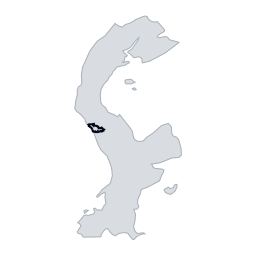 location of Chagres, Colón, Panama, rotated 269°
{"feature_id": "35544464B20659112060965", "entity_name": "Chagres", "entity_type": "district", "adm_level": 2, "iso_a3": "PAN", "parent_name": "Panama", "parent_adm1": "Colón", "projection": "natural_earth1", "projection_center": [-80.103, 9.121], "detail": "medium", "context": "in_parent", "style": "outline", "palette": "ink", "viewbox_px": 256, "rotation_deg": 269, "n_neighbors": 0, "source": "geoboundaries", "source_scale": "gbopen_adm2", "svg_char_len": 4374}
<svg xmlns="http://www.w3.org/2000/svg" viewBox="0 0 256 256"><g transform="rotate(269 128 128)"><path d="M232.8,116.9L232.1,117.5L230.0,121.0L228.9,124.0L231.6,127.2L232.4,130.6L234.0,134.2L236.4,137.9L239.1,144.7L239.7,147.4L239.0,149.2L236.4,150.3L234.0,153.5L233.4,157.4L233.8,159.3L226.6,165.5L224.8,166.5L223.6,165.6L222.0,162.5L220.2,160.0L219.2,159.1L218.6,159.0L218.1,159.6L217.8,161.0L218.8,166.8L218.0,169.2L215.5,171.0L212.8,180.5L211.7,179.3L202.4,166.5L194.4,150.7L192.8,143.5L194.8,143.1L196.8,143.2L197.9,142.1L199.1,140.0L198.1,135.2L202.0,131.5L203.5,129.0L204.5,129.3L207.1,133.5L210.8,136.0L215.3,139.5L218.1,140.3L214.5,136.6L208.4,131.7L206.7,128.5L205.1,124.1L202.7,126.0L201.6,127.6L200.3,128.6L199.3,127.5L199.1,126.0L195.5,125.7L194.5,124.4L193.6,123.7L194.0,126.5L194.7,128.2L194.4,130.2L193.2,130.4L192.2,128.3L190.9,126.3L189.2,118.2L185.1,114.4L183.2,113.2L181.7,112.7L179.4,110.1L176.4,108.7L172.3,104.7L167.2,101.8L161.1,100.8L153.6,101.4L151.1,103.0L149.4,105.1L148.6,106.0L144.2,108.3L142.6,111.7L141.5,114.5L139.3,117.8L141.8,119.7L127.4,130.6L124.6,132.2L118.1,133.4L116.6,134.5L114.7,136.7L114.4,140.0L114.7,142.8L116.6,144.9L118.3,146.3L122.3,152.8L129.4,161.0L130.7,164.0L131.8,168.5L129.7,170.5L128.0,171.4L121.3,171.8L118.9,173.5L118.0,176.3L115.4,178.5L106.7,180.7L99.8,180.9L97.7,178.4L97.2,171.2L92.6,159.1L91.5,150.7L90.3,151.7L87.9,152.7L87.1,154.8L86.4,161.0L85.5,163.1L83.6,162.9L79.8,160.7L74.6,158.6L68.0,145.5L67.3,143.0L66.1,140.1L61.0,138.8L56.6,136.6L51.9,136.3L49.5,137.5L47.0,136.0L46.6,132.4L41.6,134.0L35.3,133.4L29.6,131.9L25.7,132.7L22.4,135.2L22.9,141.8L21.9,143.1L21.8,140.4L20.6,137.3L19.3,134.8L16.4,132.1L16.3,131.2L17.4,129.8L22.6,126.0L23.3,124.4L23.4,121.1L22.9,117.9L20.5,113.3L21.9,110.4L24.6,108.0L27.3,106.2L27.8,105.4L27.3,103.8L25.7,102.1L21.9,99.2L19.7,99.0L19.6,90.6L19.7,81.7L20.3,80.8L21.7,80.3L22.8,78.9L23.4,76.3L25.0,75.4L28.0,77.4L31.0,79.2L32.3,78.6L33.3,77.7L33.9,76.8L34.1,76.0L36.5,78.4L41.5,82.6L41.8,84.7L41.3,86.7L42.7,92.4L45.2,93.2L47.8,92.1L48.5,93.2L48.0,94.2L46.7,95.4L46.3,100.3L50.6,102.6L52.7,104.6L59.7,103.7L62.3,104.2L64.1,103.6L62.1,99.7L59.5,96.8L59.7,95.4L61.7,96.4L63.2,98.4L66.7,100.9L73.1,109.4L80.4,111.5L86.2,111.2L91.5,110.0L100.1,106.7L106.4,100.7L111.3,98.1L127.4,92.4L133.1,86.4L135.5,85.6L137.8,84.9L142.9,80.4L145.6,76.8L148.4,75.1L156.9,76.4L162.4,78.0L166.2,77.8L169.9,79.0L171.5,81.5L173.2,82.6L182.1,82.3L189.5,83.6L205.7,91.2L215.3,98.7L220.5,106.6L232.8,116.9ZM70.8,175.9L68.7,176.1L64.4,174.2L61.3,170.5L61.0,169.3L61.1,168.1L62.8,164.4L65.1,163.0L66.0,163.1L68.2,167.4L66.7,169.1L67.3,171.8L70.4,173.8L70.8,175.9ZM174.5,134.0L173.7,135.9L171.9,131.7L172.2,130.6L172.1,126.8L173.8,125.8L175.0,125.7L176.1,126.3L176.7,130.7L176.2,132.7L174.5,134.0ZM46.8,84.7L46.3,86.8L43.4,83.1L45.1,82.5L45.8,82.5L46.8,84.7ZM168.1,134.9L166.4,136.9L165.7,135.0L166.9,133.1L167.3,133.0L168.1,134.9Z" fill="#d9dde1" stroke="#a8b0b8" stroke-width="1"/><path d="M126.9,104.0L127.2,103.2L128.9,101.8L128.3,100.9L128.4,100.7L128.2,100.3L128.3,99.8L128.5,99.7L128.4,99.4L128.3,99.1L128.1,98.9L128.1,98.7L128.9,98.5L129.0,98.4L129.3,98.4L129.4,98.2L129.6,98.2L129.7,97.9L130.2,97.7L130.2,97.3L130.4,97.2L130.3,96.9L130.7,96.4L130.6,96.2L130.8,95.8L130.8,95.7L130.9,95.2L131.0,94.9L131.0,94.6L131.3,94.2L131.2,94.0L131.1,93.7L130.8,93.6L131.4,93.0L131.5,93.2L131.8,93.2L131.7,93.4L131.6,93.9L131.9,94.2L132.8,94.0L132.4,92.2L132.3,90.0L132.4,89.2L132.2,89.1L132.1,88.9L131.8,88.8L131.8,88.7L131.5,88.9L131.5,89.1L131.3,89.2L131.2,89.0L130.9,89.2L130.5,89.0L130.4,89.2L130.3,89.4L129.9,89.8L129.7,90.0L129.2,90.7L129.2,90.8L128.9,91.1L129.0,91.3L128.9,91.4L128.1,91.9L127.6,92.0L127.2,92.4L127.3,92.4L126.5,92.4L126.1,92.8L125.6,92.8L125.6,93.0L125.4,93.1L125.1,93.1L125.0,93.6L124.8,93.9L124.7,94.8L125.0,95.0L124.7,95.2L124.9,95.7L124.6,95.9L124.7,96.2L124.4,96.6L124.4,96.9L124.5,97.0L124.7,97.3L124.8,97.6L124.7,97.8L125.1,97.9L124.8,98.2L124.9,98.3L125.1,98.3L125.1,98.5L124.8,99.1L124.8,99.4L125.0,99.6L125.0,99.9L125.2,100.2L125.4,100.3L125.4,100.5L125.2,100.8L125.4,101.1L125.2,101.2L125.2,101.3L125.5,101.8L125.3,101.9L125.5,102.1L125.3,102.3L125.5,102.5L125.7,102.4L125.7,102.5L125.5,102.8L125.6,103.1L125.9,103.0L126.0,103.1L126.0,103.3L126.4,103.2L126.4,103.4L126.5,103.4L126.5,103.5L126.7,103.8L126.9,104.0Z" fill="none" stroke="#020617" stroke-width="2"/></g></svg>